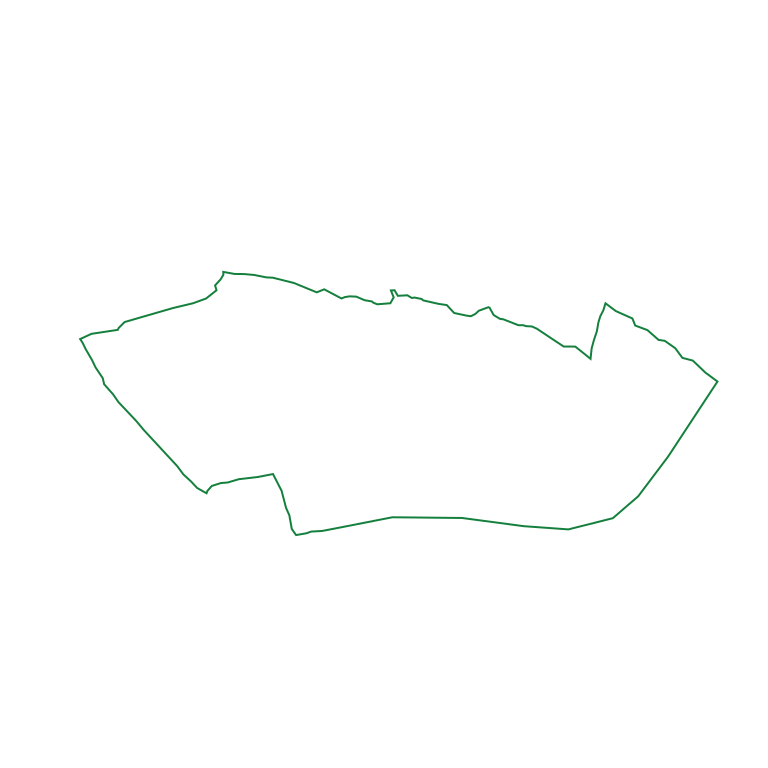 the district of Ukum, Benue, Nigeria, rotated 122°
{"feature_id": "59680162B14415495238729", "entity_name": "Ukum", "entity_type": "district", "adm_level": 2, "iso_a3": "NGA", "parent_name": "Nigeria", "parent_adm1": "Benue", "projection": "equal_earth", "projection_center": [9.596, 7.583], "detail": "fine", "context": "isolated", "style": "outline", "palette": "green", "viewbox_px": 768, "rotation_deg": 122, "n_neighbors": 0, "source": "geoboundaries", "source_scale": "gbopen_adm2", "svg_char_len": 1726}
<svg xmlns="http://www.w3.org/2000/svg" viewBox="0 0 768 768"><g transform="rotate(122 384 384)"><path d="M532.9,349.4L492.6,306.3L484.4,292.9L479.2,284.4L463.9,259.3L456.3,246.9L447.4,227.3L430.6,190.3L409.6,150.6L376.5,118.8L356.0,112.5L349.1,110.3L344.4,108.9L295.0,104.6L286.8,104.4L217.0,102.8L205.2,102.5L204.0,117.6L200.5,134.5L203.7,144.8L199.3,156.0L198.6,168.8L201.1,174.5L198.7,189.2L201.3,201.9L196.8,208.1L199.3,226.0L198.2,238.9L205.4,237.0L211.8,236.5L217.9,234.9L226.6,231.4L235.3,229.3L243.7,226.8L253.2,222.2L250.9,241.6L257.0,251.5L256.6,267.0L256.1,283.9L256.3,285.0L256.8,289.0L259.7,294.3L260.4,297.2L262.9,301.1L265.9,317.1L267.3,320.2L267.4,327.6L263.4,334.8L263.5,336.1L271.6,342.4L276.0,343.6L278.0,344.7L280.5,346.3L282.3,350.3L286.6,362.1L283.8,372.6L287.1,380.1L292.3,395.0L292.0,397.2L294.5,403.9L296.3,406.0L296.4,411.2L301.9,419.0L298.9,424.7L301.0,427.7L305.4,421.7L312.2,421.4L312.3,421.6L320.0,432.0L320.7,436.2L320.4,438.0L323.2,444.8L324.6,453.8L326.3,456.8L327.8,459.5L331.0,463.2L334.0,465.4L335.4,484.9L341.9,489.6L346.1,514.0L352.8,534.7L355.9,540.2L360.3,551.8L364.9,560.9L369.9,569.1L374.1,579.7L376.5,578.1L381.8,578.0L389.9,579.5L393.3,575.7L405.8,580.2L416.8,588.8L431.4,603.2L468.9,636.8L477.0,638.7L479.2,638.5L496.5,658.7L506.9,665.5L508.8,661.4L512.6,655.3L518.3,644.5L522.8,637.4L528.1,625.6L532.5,621.2L536.3,608.4L540.1,599.5L546.6,574.7L550.3,563.4L563.2,515.9L567.0,506.2L568.9,496.0L571.2,487.3L570.7,476.6L568.2,477.1L561.7,476.0L554.5,469.9L550.3,464.3L541.6,456.6L529.8,441.8L519.2,430.4L528.8,414.3L540.7,401.7L540.9,401.5L545.5,394.7L555.8,385.4L558.7,378.5L551.7,370.7L547.7,367.5L541.5,358.7L532.9,349.4Z" fill="none" stroke="#15803d" stroke-width="2"/></g></svg>